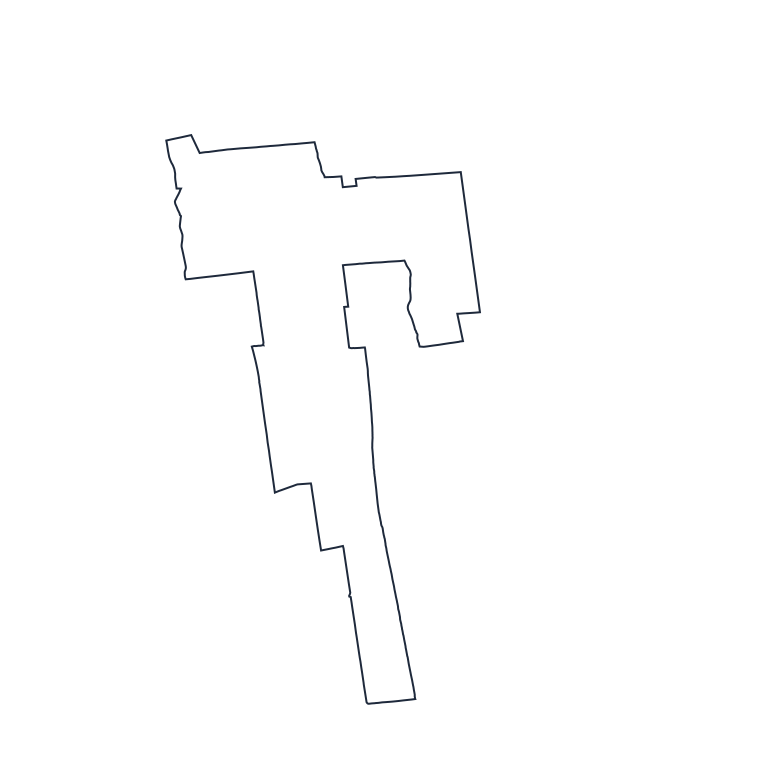 Gradinile, Olt, Romania, rotated 69°
{"feature_id": "2599482B70772159290730", "entity_name": "Gradinile", "entity_type": "district", "adm_level": 2, "iso_a3": "ROU", "parent_name": "Romania", "parent_adm1": "Olt", "projection": "robinson", "projection_center": [24.386, 43.959], "detail": "fine", "context": "isolated", "style": "outline", "palette": "slate", "viewbox_px": 768, "rotation_deg": 69, "n_neighbors": 0, "source": "geoboundaries", "source_scale": "gbopen_adm2", "svg_char_len": 6155}
<svg xmlns="http://www.w3.org/2000/svg" viewBox="0 0 768 768"><g transform="rotate(69 384 384)"><path d="M689.3,467.7L688.6,467.7L687.5,467.4L686.3,467.2L685.6,466.8L684.9,466.6L682.3,466.1L680.6,465.8L677.4,465.1L675.4,464.8L671.1,464.0L669.2,463.7L665.3,463.1L663.1,462.7L659.5,462.1L654.2,461.2L647.4,459.8L646.4,459.8L644.3,459.4L639.4,458.5L638.0,458.3L636.6,457.9L633.1,457.3L630.1,456.8L626.0,456.0L624.5,455.9L622.1,455.4L620.3,455.1L619.3,455.0L618.3,454.7L615.7,454.3L614.1,453.9L609.9,453.4L608.5,453.0L607.3,452.6L604.5,452.1L602.9,451.8L601.7,451.6L599.2,451.4L596.4,450.6L593.4,450.1L592.6,450.0L591.1,449.7L586.9,449.1L584.8,448.7L579.4,447.8L576.6,447.2L569.4,446.1L564.5,445.1L561.1,444.6L559.0,444.2L556.5,443.9L553.9,443.5L551.2,443.0L542.4,441.6L540.7,441.3L538.1,440.7L535.8,440.4L534.7,440.2L533.9,439.9L530.2,439.1L528.9,438.8L527.2,438.7L526.4,438.5L525.1,438.4L522.3,437.9L518.4,437.0L517.4,436.9L516.8,436.9L515.5,437.1L515.0,437.1L513.2,436.8L511.9,436.4L510.2,436.2L505.4,435.3L503.6,435.0L501.8,434.8L499.8,434.3L493.4,432.8L491.2,432.2L483.8,430.2L479.5,429.0L476.0,428.1L473.3,427.4L471.6,427.0L469.8,426.5L467.2,425.8L466.8,425.8L466.0,425.6L465.1,425.3L464.4,425.2L463.6,425.0L463.1,424.8L462.0,424.4L460.6,424.1L458.5,423.7L457.6,423.3L453.3,422.1L451.2,421.3L443.0,418.9L439.2,417.8L437.8,417.2L435.2,416.2L431.1,414.4L430.3,414.0L428.2,413.3L427.0,412.8L426.3,412.6L425.3,412.2L423.8,411.7L422.7,411.3L420.3,410.4L417.1,409.4L415.9,409.1L414.3,408.6L411.3,407.6L406.5,406.1L403.6,405.3L402.7,405.1L398.5,403.7L395.9,403.0L390.2,401.3L388.5,400.9L386.2,400.1L384.3,399.7L382.3,399.1L370.4,395.9L367.6,395.0L366.3,394.5L364.0,393.8L356.9,392.2L355.3,391.8L349.7,390.4L344.3,389.0L343.0,388.8L342.4,390.8L341.5,394.0L339.9,398.8L339.5,399.5L339.3,400.3L339.0,401.3L338.6,402.1L337.5,403.5L297.8,393.6L298.1,392.4L299.0,389.7L277.4,384.4L258.4,379.8L259.0,377.4L262.0,367.4L262.4,365.8L263.0,363.4L263.8,361.3L264.3,359.5L264.8,357.5L265.5,355.4L267.3,349.3L268.7,345.2L269.5,342.8L271.4,336.1L274.9,325.2L276.1,320.7L276.8,320.6L278.0,320.5L281.6,320.4L282.5,320.2L285.4,319.6L287.2,319.2L288.9,319.3L291.2,319.7L291.7,319.9L292.6,320.4L293.4,321.0L294.3,321.5L295.6,322.0L296.7,322.4L297.7,322.8L299.5,323.4L301.4,324.2L302.2,324.5L304.7,325.8L310.3,327.3L313.0,328.2L314.5,328.9L315.6,329.6L316.4,330.4L317.2,331.4L318.1,332.3L319.0,333.2L320.4,334.1L321.7,334.6L323.1,334.9L324.3,335.0L325.3,334.9L326.7,335.0L327.9,335.0L329.2,334.8L330.9,334.7L333.4,334.6L339.2,335.0L341.2,335.1L344.1,335.5L345.5,335.3L345.9,335.2L346.9,335.2L347.5,335.4L348.9,335.0L349.8,335.0L350.8,335.4L352.0,336.0L353.6,336.6L356.7,336.9L358.3,336.8L359.8,337.1L361.8,337.3L363.4,333.9L363.8,332.6L364.5,329.7L365.7,324.4L367.1,318.7L368.1,313.9L368.7,311.1L369.4,307.9L370.1,305.1L371.5,298.8L371.5,298.0L371.7,297.3L372.3,294.9L344.7,290.4L345.3,288.7L346.8,283.7L347.9,280.3L349.2,276.1L350.1,273.2L351.1,269.8L351.4,268.7L314.4,260.0L292.3,254.9L279.9,251.9L269.6,249.6L245.6,243.9L213.7,236.4L202.6,273.1L198.8,285.6L197.0,291.2L194.5,299.3L193.6,302.0L191.6,308.1L189.7,313.8L188.6,317.1L187.6,318.2L185.9,324.2L182.4,337.0L189.2,338.6L185.5,351.9L174.9,349.4L172.6,357.0L169.7,365.3L168.7,365.1L166.5,365.3L164.0,365.8L162.1,365.9L160.7,365.5L158.4,365.0L155.1,364.7L151.8,364.6L149.1,364.7L148.2,364.5L145.2,363.5L144.1,363.3L142.6,363.3L141.4,363.1L139.9,363.1L137.9,362.7L133.4,362.2L133.0,363.6L132.7,364.7L131.4,369.4L129.9,374.6L128.1,381.1L126.7,385.4L125.2,390.5L123.6,396.5L121.9,402.2L121.1,404.7L120.0,408.7L118.3,414.3L117.3,418.2L114.9,426.1L112.6,433.5L110.0,442.7L109.0,445.9L107.6,451.9L106.9,454.5L104.5,464.7L103.6,467.5L103.0,470.0L102.3,473.3L82.5,474.8L81.1,484.4L79.5,494.4L78.7,500.0L82.5,500.7L87.2,501.7L88.9,502.1L92.9,502.8L95.1,503.2L98.0,503.3L100.6,503.2L101.7,503.1L103.4,502.8L104.8,502.7L107.6,502.7L108.7,502.8L109.8,503.0L112.8,503.6L116.1,504.9L118.8,505.7L123.0,506.6L124.1,506.9L127.2,507.6L128.8,503.5L130.0,504.8L131.3,505.9L133.3,508.0L135.8,510.9L136.9,512.0L137.5,512.8L138.3,513.5L138.9,513.9L139.8,514.1L141.1,514.3L143.1,514.2L145.0,514.1L147.5,514.1L149.2,513.9L150.7,513.8L151.6,513.7L152.4,513.9L153.4,513.9L154.1,513.4L154.8,513.5L156.1,514.3L157.3,514.9L161.5,517.1L163.3,518.0L163.9,518.2L165.1,518.4L165.9,518.5L168.3,518.5L172.3,518.7L173.7,519.1L175.7,520.0L177.8,521.0L178.7,521.5L179.9,522.2L181.0,522.8L182.0,523.3L183.5,523.8L186.4,524.2L187.7,524.4L190.4,524.8L193.5,525.3L195.4,525.6L202.7,526.8L203.9,527.1L204.9,527.5L206.0,528.2L206.9,529.0L207.5,529.6L208.5,530.1L211.7,531.2L213.6,531.5L215.2,531.6L216.5,527.0L218.3,519.7L220.4,511.6L223.2,500.9L228.5,480.0L232.0,465.7L234.5,466.2L238.8,467.2L242.1,467.9L253.1,470.3L255.5,471.0L259.5,471.9L260.7,472.1L268.1,473.8L269.2,474.2L271.8,474.7L273.7,475.1L275.8,475.6L277.5,476.0L278.9,476.4L284.2,477.6L285.1,477.9L285.7,478.1L286.7,478.2L290.4,479.0L292.6,479.5L299.3,481.0L302.2,481.7L303.2,482.3L304.0,482.7L304.6,482.7L304.2,483.4L304.2,484.3L303.9,485.8L303.3,487.5L302.7,490.0L302.0,491.6L301.7,494.0L306.4,494.4L316.0,495.6L320.1,496.2L323.9,496.8L327.4,497.4L332.6,498.4L334.3,498.9L336.8,499.4L337.2,499.7L337.8,499.9L339.1,500.1L344.6,501.2L346.2,501.7L361.6,505.3L377.9,509.1L389.2,511.6L397.0,513.6L405.1,515.3L410.0,516.5L420.4,518.9L425.1,519.9L446.3,524.8L446.2,520.0L446.3,518.1L446.5,507.8L446.6,505.4L446.6,502.5L446.7,500.8L450.6,487.9L453.2,488.3L456.0,489.0L468.8,491.8L484.7,495.4L496.8,498.1L507.4,500.4L516.9,502.4L518.2,494.9L518.7,491.8L519.4,487.9L520.5,480.4L523.2,480.7L526.2,481.4L543.4,485.2L558.8,488.6L566.8,490.3L567.6,490.9L568.3,491.4L568.7,491.9L569.2,492.4L570.0,492.6L570.4,492.1L571.1,491.4L571.7,491.6L576.0,492.5L579.9,493.4L591.8,496.0L597.8,497.3L606.2,499.3L610.5,500.2L621.3,502.6L626.2,503.7L630.8,504.7L634.9,505.5L640.1,506.7L644.8,507.7L655.5,510.1L657.4,510.6L666.4,512.5L674.8,514.3L675.7,514.1L676.5,513.7L677.1,512.8L677.6,510.7L677.9,509.6L678.7,507.0L678.9,506.1L679.7,503.5L680.6,499.6L680.9,498.7L681.8,495.8L682.2,494.4L682.7,492.8L683.1,491.4L683.6,489.7L685.2,483.8L686.3,479.4L688.5,471.1L689.3,467.7Z" fill="none" stroke="#1e293b" stroke-width="2"/></g></svg>